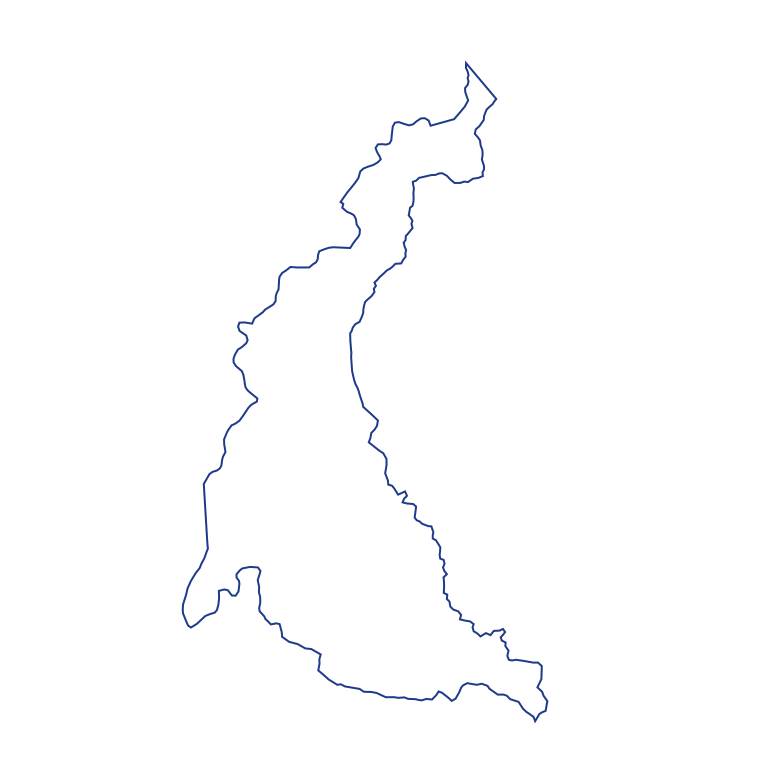 São Pedro dos Crentes, Maranhão, Brazil (orthographic projection), rotated 274°
{"feature_id": "56859067B67019144330304", "entity_name": "São Pedro dos Crentes", "entity_type": "district", "adm_level": 2, "iso_a3": "BRA", "parent_name": "Brazil", "parent_adm1": "Maranhão", "projection": "orthographic", "projection_center": [-46.661, -6.85], "detail": "fine", "context": "isolated", "style": "outline", "palette": "blue", "viewbox_px": 768, "rotation_deg": 274, "n_neighbors": 0, "source": "geoboundaries", "source_scale": "gbopen_adm2", "svg_char_len": 5167}
<svg xmlns="http://www.w3.org/2000/svg" viewBox="0 0 768 768"><g transform="rotate(274 384 384)"><path d="M116.8,557.1L116.5,552.3L116.9,548.2L117.3,544.9L117.7,540.3L118.1,534.9L117.1,530.9L117.6,527.8L121.3,526.0L126.7,526.8L131.1,523.3L134.6,523.4L136.3,519.4L139.6,518.1L141.8,520.0L145.0,522.1L147.9,519.8L146.0,516.3L145.4,510.8L140.9,507.7L142.6,503.1L138.9,497.8L141.5,494.8L143.6,490.7L147.4,489.3L150.7,490.2L153.2,486.4L153.6,481.6L154.5,476.2L159.0,477.0L162.4,473.9L163.8,468.9L166.5,465.7L171.5,464.5L173.9,461.7L178.3,461.8L179.7,458.2L186.1,458.1L190.5,457.7L195.3,456.9L198.7,460.0L201.7,457.2L205.0,455.7L208.9,456.9L212.7,455.8L213.7,452.3L217.2,451.4L220.4,451.6L225.0,451.6L227.8,449.6L231.8,446.7L233.2,443.4L236.5,443.2L239.5,443.6L245.3,441.2L245.3,438.1L247.2,431.8L249.4,429.1L250.3,426.2L252.8,423.9L263.9,424.6L266.3,421.5L266.4,415.2L267.2,410.8L270.9,412.0L274.1,414.7L278.3,412.5L274.6,405.8L280.4,401.6L283.1,399.1L283.9,395.3L288.1,394.6L295.0,391.4L303.3,392.2L309.4,391.7L314.9,388.1L317.0,384.2L324.7,372.9L329.1,374.2L334.2,374.7L337.9,377.8L341.7,379.9L347.2,380.5L353.5,372.8L359.7,364.9L362.8,364.1L371.5,360.5L375.0,359.3L378.7,357.6L381.8,355.6L386.6,353.7L394.6,351.3L408.8,349.3L412.9,349.3L416.1,348.7L420.9,348.0L424.8,347.4L432.1,346.7L435.0,348.2L438.0,348.9L441.6,351.1L444.3,355.3L449.8,357.3L453.5,358.3L456.8,358.2L460.7,358.6L464.6,359.5L466.9,361.5L470.9,365.5L475.1,368.1L478.2,367.2L481.4,369.1L484.6,367.4L487.4,370.1L490.1,372.0L494.8,376.5L497.6,379.0L499.3,381.7L501.2,383.9L504.7,387.0L505.5,392.8L509.3,394.5L512.5,396.7L515.9,396.2L519.2,396.7L522.4,395.0L526.4,393.8L529.1,395.5L533.1,395.4L535.6,397.4L538.3,399.3L541.6,401.6L545.7,400.2L548.7,401.0L551.3,399.3L553.9,396.9L557.6,397.3L561.7,397.7L563.7,400.0L568.4,400.7L572.5,400.5L576.4,400.0L581.2,400.2L584.7,399.2L587.6,398.6L589.2,402.0L592.1,404.6L593.4,409.1L595.6,416.2L596.2,420.8L597.9,424.3L598.3,427.5L596.1,432.2L592.7,435.9L589.5,440.3L589.9,446.2L591.5,449.8L591.3,453.7L595.0,458.4L596.2,463.8L598.3,468.1L602.0,467.5L605.0,468.8L608.3,468.6L611.6,467.3L614.7,466.0L619.5,466.4L624.0,465.9L628.7,463.8L633.8,462.7L636.6,460.5L639.9,457.1L644.4,457.8L647.9,461.2L654.4,465.1L658.1,465.1L661.9,466.2L665.0,467.3L668.3,470.3L670.7,472.8L673.5,474.3L676.2,476.1L709.8,443.5L705.1,443.7L701.4,445.7L697.9,446.8L695.0,446.1L691.7,447.2L688.5,446.7L684.8,444.2L680.9,444.7L676.8,446.4L672.8,448.2L666.3,445.2L659.1,440.0L653.1,435.5L644.9,412.5L649.9,410.2L652.0,406.1L651.5,402.3L648.3,398.1L645.1,394.9L643.8,391.1L644.6,386.9L646.3,380.5L645.4,376.6L641.4,374.8L633.5,374.4L627.7,374.3L624.4,372.8L623.0,369.6L623.1,365.4L622.6,361.2L618.9,359.1L614.9,360.9L611.0,363.6L608.0,365.1L605.0,362.7L602.0,358.5L599.5,352.5L597.6,348.6L594.4,345.5L587.6,344.1L582.0,340.7L572.5,334.0L565.8,329.9L562.4,328.0L560.9,330.8L556.9,330.1L553.1,335.2L551.9,339.0L550.2,342.3L546.5,344.5L541.2,345.6L536.5,349.2L531.9,349.2L529.1,348.1L525.4,345.5L522.1,343.4L517.3,340.8L516.9,323.9L516.1,319.7L514.4,315.4L511.9,310.2L508.1,309.2L504.0,309.2L500.7,307.8L498.5,304.8L495.0,301.2L494.2,289.6L494.2,282.5L490.7,278.7L487.6,274.6L483.6,272.3L480.5,272.1L471.0,272.2L467.5,270.7L464.0,269.9L459.2,270.1L455.6,268.0L449.9,260.2L447.1,258.1L440.5,250.2L435.0,248.2L435.7,240.8L435.1,235.5L431.2,234.4L426.9,236.2L422.8,243.2L418.1,244.9L415.0,243.7L410.9,239.6L408.1,235.8L403.0,233.3L398.7,232.1L395.0,232.5L391.6,235.0L387.0,241.2L383.8,242.9L378.3,244.4L374.7,245.1L371.3,246.0L368.4,248.1L366.0,251.2L360.7,258.7L357.6,258.4L354.1,253.1L351.0,250.5L342.8,245.8L337.3,242.4L334.0,238.3L332.1,234.8L327.9,232.2L325.0,230.8L317.5,228.3L312.7,228.8L305.1,230.6L300.4,228.5L297.6,227.9L291.2,227.4L288.4,226.2L286.0,223.3L284.4,219.1L282.0,216.2L271.7,211.2L213.5,218.8L207.4,219.8L204.4,218.8L197.8,217.0L191.8,214.3L187.6,213.0L182.3,209.4L174.2,205.2L166.4,202.3L160.5,201.4L149.9,198.9L144.4,199.0L140.9,199.6L137.7,201.2L133.0,203.5L129.4,205.4L127.6,208.4L131.7,214.1L140.1,221.9L142.3,226.4L144.1,231.1L146.8,233.1L152.3,234.2L159.0,234.4L166.1,233.7L167.9,238.9L167.4,242.6L162.4,247.0L162.5,250.8L166.9,253.3L174.6,253.7L177.5,253.1L180.5,250.5L183.8,250.1L187.8,253.0L190.1,255.4L192.2,263.1L192.2,271.1L188.8,273.8L185.6,273.2L179.6,271.7L172.8,273.6L167.3,273.8L163.1,275.3L157.1,275.8L151.7,275.1L148.6,275.8L143.8,280.8L141.2,282.2L139.0,285.0L136.3,287.9L137.7,293.3L137.2,296.6L129.4,299.3L124.7,300.0L120.2,307.3L118.5,316.1L114.8,323.8L114.5,330.0L109.8,339.7L104.9,338.7L100.5,339.2L93.7,338.4L89.9,343.6L85.4,349.4L80.7,358.3L81.4,361.9L79.6,366.1L78.1,381.0L75.6,385.3L75.9,392.7L75.3,398.1L71.7,407.5L72.3,416.1L71.9,420.1L72.8,426.2L71.6,430.0L71.8,437.1L71.3,440.3L71.0,443.6L72.8,448.2L72.6,453.9L77.2,457.8L81.1,459.9L80.0,463.5L75.0,470.8L72.6,473.6L75.0,477.3L81.6,480.5L86.6,482.2L88.9,483.9L91.4,488.0L90.8,493.0L90.4,497.6L91.8,502.4L90.1,508.3L87.3,510.5L82.1,519.1L82.5,524.9L81.6,528.3L78.4,531.9L76.3,540.4L69.8,545.3L67.0,548.7L62.4,556.4L58.2,558.3L65.6,562.0L67.6,564.7L69.2,568.0L79.0,569.1L84.0,565.0L88.0,563.2L92.1,558.2L100.6,561.6L113.6,561.1L116.8,557.1Z" fill="none" stroke="#1e3a8a" stroke-width="2"/></g></svg>